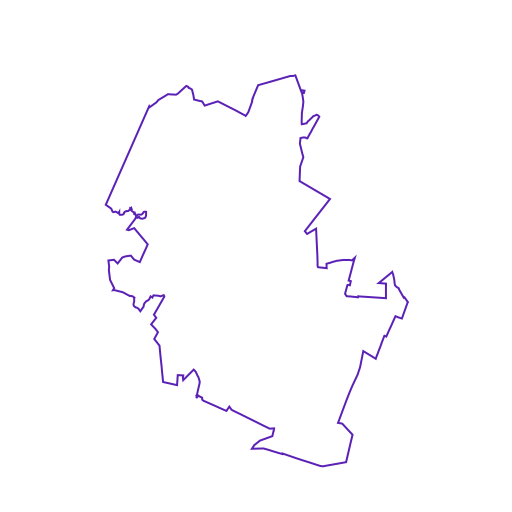 the district of Tequisquiapan, Querétaro, Mexico, rotated 199°
{"feature_id": "50627088B65246255323427", "entity_name": "Tequisquiapan", "entity_type": "district", "adm_level": 2, "iso_a3": "MEX", "parent_name": "Mexico", "parent_adm1": "Querétaro", "projection": "equal_earth", "projection_center": [-99.971, 20.542], "detail": "fine", "context": "isolated", "style": "outline", "palette": "violet", "viewbox_px": 512, "rotation_deg": 199, "n_neighbors": 0, "source": "geoboundaries", "source_scale": "gbopen_adm2", "svg_char_len": 5757}
<svg xmlns="http://www.w3.org/2000/svg" viewBox="0 0 512 512"><g transform="rotate(199 256 256)"><path d="M414.7,255.5L408.7,253.8L408.5,253.6L407.7,253.1L406.7,251.9L406.1,251.3L405.3,251.0L404.5,251.3L403.9,251.9L403.3,252.2L402.2,252.2L400.6,251.7L400.0,251.9L399.7,253.2L399.2,251.7L398.7,250.9L398.0,250.6L397.0,251.1L395.9,251.5L394.9,252.4L394.7,253.2L394.9,253.8L394.5,255.0L393.7,255.6L393.3,256.3L392.4,256.5L391.4,257.0L391.0,257.7L390.6,258.2L390.6,258.9L390.0,259.5L390.4,260.1L390.5,260.4L389.9,260.4L389.7,260.9L388.7,259.7L389.1,258.9L388.8,258.6L387.7,258.0L386.6,257.7L385.9,257.6L385.4,257.6L385.6,257.3L384.9,256.3L384.7,256.0L384.3,256.1L383.8,256.4L383.4,255.9L382.9,255.2L382.4,255.1L381.7,255.5L381.2,256.6L380.4,257.0L379.4,257.3L378.3,257.6L377.4,258.3L376.9,259.4L376.7,260.5L376.2,261.4L375.3,261.8L374.3,262.0L373.9,260.9L373.6,259.9L373.1,258.3L373.1,256.9L373.5,255.7L374.5,255.0L375.4,254.4L376.3,254.1L377.2,253.9L378.3,254.1L378.7,254.3L379.1,254.8L379.9,254.5L380.2,253.7L380.9,253.4L381.4,253.4L382.2,253.3L382.3,251.8L386.5,238.9L384.6,239.0L380.3,242.7L362.2,231.8L362.2,231.7L362.4,228.6L362.7,225.7L363.1,221.6L363.5,217.0L363.9,212.4L370.0,212.9L374.5,215.6L379.2,213.2L381.9,211.1L384.4,203.9L389.0,206.2L394.1,203.7L391.3,198.0L390.6,194.9L386.2,185.9L379.8,179.6L379.6,179.4L380.1,177.1L379.1,177.6L370.1,178.4L366.1,177.7L362.3,177.1L361.4,177.5L359.5,177.7L356.6,176.8L357.6,176.6L356.5,173.8L356.1,170.4L355.5,169.4L355.1,169.0L354.0,168.5L353.5,168.4L352.9,168.2L351.7,168.4L349.8,167.8L349.6,167.7L347.4,166.1L346.2,170.2L345.8,171.4L346.1,173.2L346.2,173.9L346.0,175.1L345.0,177.6L343.8,178.7L342.9,180.2L342.5,183.5L340.5,183.0L340.5,183.4L340.1,185.4L335.5,186.6L333.1,186.8L330.5,188.9L329.6,188.1L329.5,187.9L329.5,187.6L332.0,174.4L333.4,167.3L332.8,166.9L330.2,165.0L332.9,157.2L327.1,154.2L323.9,152.0L325.2,144.4L319.9,141.0L318.1,139.9L313.8,130.4L309.2,120.6L307.6,117.0L302.8,106.6L295.8,107.4L288.6,108.2L291.0,117.1L291.2,117.9L285.9,119.4L285.5,117.1L284.4,114.9L283.4,117.0L277.9,128.3L275.4,127.0L272.2,123.7L271.2,122.9L269.6,120.8L268.2,118.7L268.1,117.8L267.9,117.2L266.8,106.7L266.5,105.9L266.8,105.2L266.5,104.7L266.8,104.4L266.2,103.7L266.2,102.2L265.0,105.2L263.5,104.8L260.8,104.5L260.1,102.7L258.6,102.0L258.0,102.0L254.5,101.7L244.9,100.9L241.0,100.5L233.5,99.9L232.9,102.4L232.5,103.7L232.2,104.9L229.1,102.7L227.1,102.3L218.6,101.3L212.7,100.5L209.4,100.1L204.0,99.4L198.0,98.6L193.5,98.0L186.8,97.2L182.8,98.9L182.4,96.9L182.5,96.9L181.9,91.0L187.1,86.8L192.1,82.8L195.6,77.3L196.0,76.8L197.1,72.4L191.0,74.7L186.1,76.5L180.4,76.8L176.0,76.9L170.9,77.1L166.5,77.3L166.6,77.9L159.0,77.9L151.9,77.9L145.8,78.0L138.1,78.2L131.3,78.3L126.7,78.4L126.3,78.6L124.5,78.8L119.0,81.9L114.1,84.6L103.7,90.4L105.8,110.8L106.5,118.4L113.6,122.2L119.7,125.5L120.6,125.5L124.1,124.9L123.5,148.9L123.1,158.0L122.6,165.0L121.3,176.8L121.4,184.8L122.8,195.2L123.6,201.0L117.7,199.7L113.1,198.7L109.3,197.8L109.3,201.8L109.2,201.9L109.1,206.9L109.1,207.0L108.9,211.5L108.9,215.6L108.7,219.9L108.7,220.0L108.7,222.2L108.6,222.4L106.6,222.2L106.4,223.9L106.2,226.4L106.2,226.6L105.8,231.2L105.7,231.8L105.3,235.8L105.3,236.0L105.2,237.4L104.9,240.4L104.9,240.5L104.5,244.5L103.0,244.4L102.5,244.4L101.9,244.3L101.6,244.3L97.7,244.4L97.5,260.4L97.6,261.2L97.3,261.8L99.7,263.5L102.3,265.3L102.4,265.2L102.7,264.7L109.9,271.0L110.5,272.0L111.0,272.1L112.7,272.4L115.0,273.5L116.3,275.8L116.7,276.8L117.9,279.2L119.8,282.3L120.2,283.1L121.9,285.0L122.0,285.2L123.9,282.1L127.3,276.6L131.1,270.4L130.8,270.5L128.0,271.2L126.4,271.6L124.1,272.2L120.8,262.4L120.7,262.3L119.4,258.4L123.9,257.2L124.3,257.1L141.6,252.4L142.2,252.2L144.4,251.6L146.2,251.2L146.0,250.6L146.0,250.4L146.0,250.2L154.3,248.3L154.7,248.1L157.2,247.5L159.2,249.0L159.5,249.3L160.1,258.2L160.0,258.4L159.8,258.6L159.3,258.7L158.5,258.8L157.7,258.9L158.2,263.1L159.8,263.0L160.2,262.9L160.4,262.9L161.2,274.3L161.3,274.7L161.4,276.9L161.6,279.5L161.8,282.4L161.8,282.5L162.0,286.5L163.8,283.1L165.0,282.9L165.6,282.8L166.4,282.7L167.9,282.2L168.0,282.1L170.9,281.1L171.0,281.1L172.3,280.6L174.0,279.8L174.9,279.3L178.2,277.7L179.3,276.9L180.0,276.4L181.4,275.5L183.6,273.8L186.8,271.6L186.3,270.3L186.2,270.0L186.1,269.6L185.2,267.5L193.7,265.6L194.5,266.6L195.2,268.5L196.2,271.4L197.0,273.3L197.3,274.3L198.2,276.6L208.1,301.4L214.9,293.5L217.9,295.4L204.6,334.0L239.2,341.0L241.8,349.6L243.4,355.0L243.4,364.8L245.6,368.0L248.5,372.5L251.0,376.4L251.2,377.0L252.3,382.1L252.1,382.2L249.8,383.5L248.7,383.9L247.4,384.1L247.0,383.9L246.0,383.8L245.9,384.0L245.7,384.1L245.4,386.0L245.1,387.7L244.9,389.2L244.4,391.3L244.1,393.5L243.8,395.4L243.6,396.2L241.5,408.3L242.9,409.1L244.7,409.3L245.9,408.0L247.3,406.9L247.6,406.5L247.8,405.7L248.8,403.9L250.3,400.9L250.7,400.4L251.4,397.9L255.6,395.5L256.4,397.3L258.9,405.4L259.0,405.5L259.7,409.0L260.4,412.8L261.4,417.2L263.4,421.2L265.2,424.5L266.2,425.7L265.8,425.6L265.4,425.6L264.4,425.6L264.2,425.6L263.8,425.7L263.8,426.3L263.9,427.0L264.0,427.6L264.0,428.1L266.4,427.7L267.1,426.7L271.0,431.5L277.6,439.6L277.9,439.4L279.6,438.3L282.3,437.3L293.4,429.5L309.6,418.2L310.4,405.9L310.3,403.8L310.5,403.8L310.3,401.5L309.9,401.0L310.1,389.6L311.1,385.6L311.4,385.1L311.7,385.3L311.9,385.3L317.6,386.2L319.4,386.5L320.4,386.7L321.1,386.8L322.2,387.0L322.5,387.0L323.0,387.1L324.3,387.3L324.5,387.3L335.3,388.8L342.4,389.8L353.5,381.5L356.7,384.2L357.6,384.7L359.1,384.3L365.5,383.8L367.4,387.4L370.7,392.5L373.1,393.1L374.1,392.9L374.9,393.4L375.1,393.9L377.3,394.1L382.8,384.0L384.1,382.5L390.8,380.6L391.5,380.5L391.8,380.4L392.0,380.3L393.3,378.6L399.1,371.7L400.2,368.8L404.9,362.2L405.7,362.9L406.2,357.5L414.7,255.5Z" fill="none" stroke="#5b21b6" stroke-width="2"/></g></svg>